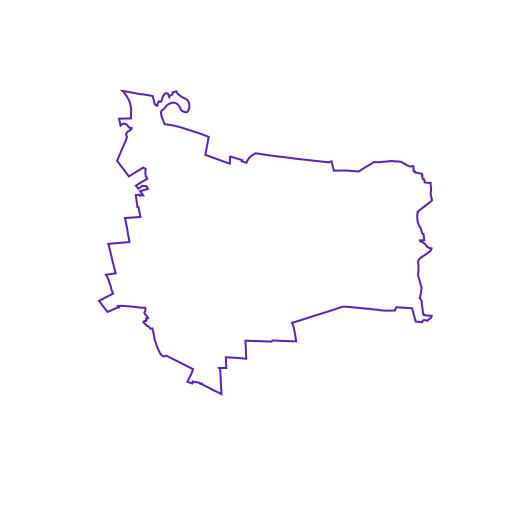 Pascani, Iasi, Romania (Equal Earth projection), rotated 202°
{"feature_id": "2599482B39664970554160", "entity_name": "Pascani", "entity_type": "district", "adm_level": 2, "iso_a3": "ROU", "parent_name": "Romania", "parent_adm1": "Iasi", "projection": "equal_earth", "projection_center": [26.726, 47.253], "detail": "fine", "context": "isolated", "style": "outline", "palette": "violet", "viewbox_px": 512, "rotation_deg": 202, "n_neighbors": 0, "source": "geoboundaries", "source_scale": "gbopen_adm2", "svg_char_len": 6105}
<svg xmlns="http://www.w3.org/2000/svg" viewBox="0 0 512 512"><g transform="rotate(202 256 256)"><path d="M121.4,389.1L127.2,387.4L128.8,390.1L130.0,389.8L130.5,390.5L132.2,392.6L132.0,393.3L132.5,394.1L132.8,394.4L139.8,393.1L139.8,393.4L140.0,393.7L140.3,393.9L141.0,394.0L141.7,393.8L143.7,398.3L144.4,398.1L145.1,397.5L146.2,396.9L147.0,396.6L150.4,396.7L151.8,397.1L154.8,397.3L156.4,397.7L158.4,397.3L162.8,395.7L164.8,395.3L166.1,394.8L169.5,392.9L173.0,391.2L177.0,389.1L178.8,388.3L181.9,387.3L182.7,386.1L184.6,383.4L186.5,381.2L186.8,380.6L188.4,378.6L190.3,375.8L192.2,373.1L192.5,372.8L204.3,369.1L215.8,364.3L221.4,372.1L223.7,370.0L224.0,370.0L254.8,361.3L266.7,358.3L271.0,357.0L281.0,354.4L294.5,351.2L295.0,350.9L295.7,350.0L296.9,348.5L298.0,346.8L299.0,344.5L299.5,342.5L299.7,341.6L299.9,338.8L304.7,338.5L304.8,339.7L312.3,339.1L316.9,338.6L317.2,338.3L314.9,331.8L317.5,331.6L340.8,330.8L344.5,348.7L353.5,348.6L365.2,347.7L369.8,347.4L375.1,347.0L380.9,346.1L384.2,345.5L384.2,345.3L386.6,344.9L390.1,344.0L396.1,350.4L397.2,352.2L398.0,353.7L397.9,355.6L397.4,356.2L395.9,359.3L395.6,360.7L395.2,361.9L394.5,363.3L393.4,364.7L391.9,366.1L390.2,367.2L388.3,367.7L386.5,367.5L385.5,367.3L383.8,366.4L381.8,364.9L380.5,363.6L379.7,363.0L378.5,362.8L376.9,362.7L375.6,362.9L374.6,363.1L373.9,363.5L373.3,364.7L373.3,368.3L374.7,371.7L376.0,373.3L377.9,374.9L380.2,375.4L382.6,375.5L385.1,375.9L386.6,376.2L390.8,377.8L391.5,378.9L394.6,376.5L394.1,375.6L394.0,375.0L394.0,374.4L394.4,373.8L394.9,373.3L395.5,372.8L395.9,372.3L395.9,370.8L396.1,370.9L396.6,371.6L397.8,372.9L398.3,373.3L398.5,373.4L399.6,373.5L400.0,373.5L400.3,373.3L400.7,373.0L401.0,372.6L401.3,372.2L401.6,371.5L402.1,369.3L402.0,368.6L402.0,367.6L401.9,366.0L401.7,364.7L401.8,364.2L402.2,363.5L402.6,363.0L404.1,363.0L404.3,360.0L403.7,358.6L403.8,358.3L404.0,358.1L404.3,358.1L404.7,358.2L405.0,358.5L406.6,358.7L407.0,359.0L407.9,360.4L411.7,365.6L418.0,364.3L421.3,363.6L423.2,362.9L437.7,359.9L438.1,359.7L438.5,359.8L441.5,359.0L440.4,358.6L437.5,356.9L434.1,354.5L432.3,353.0L430.9,351.5L430.0,350.4L428.1,347.6L426.9,345.5L426.3,344.3L425.6,342.4L424.9,340.3L424.2,338.4L423.3,336.8L434.4,332.0L430.4,326.1L429.5,328.0L429.1,328.5L428.5,329.0L426.4,329.6L425.4,329.4L424.7,329.2L421.8,327.6L421.2,327.4L420.1,327.7L419.3,328.1L419.1,327.7L419.1,327.1L419.8,325.7L420.0,324.9L421.1,323.9L421.5,323.1L422.2,320.9L421.4,319.1L420.5,318.5L420.3,318.2L420.1,316.9L420.0,314.8L420.1,309.1L420.3,305.5L420.3,300.1L420.5,292.2L403.7,282.2L393.7,295.7L392.6,295.4L391.5,295.6L391.3,295.6L390.8,295.4L390.6,294.9L390.2,292.6L389.3,290.8L388.7,289.7L388.2,288.9L387.4,288.2L386.4,287.6L385.7,286.8L390.8,280.4L393.7,276.3L390.3,274.3L389.0,276.2L388.3,277.9L387.2,278.5L383.9,279.7L383.6,279.4L383.3,279.4L382.8,279.1L382.1,278.4L381.8,277.9L381.4,277.7L383.6,275.9L387.7,272.7L383.3,270.0L386.3,268.4L386.9,269.2L390.3,267.5L384.3,257.0L383.4,257.4L377.8,249.0L381.0,247.3L391.7,242.1L385.7,233.1L382.8,228.1L380.1,224.1L378.6,221.5L397.5,211.9L396.0,210.0L391.6,203.9L385.9,195.8L379.6,187.4L388.1,182.4L385.6,180.4L384.7,179.6L380.2,174.5L378.7,172.6L377.8,171.1L375.8,169.1L374.5,167.5L379.6,161.7L383.0,157.5L384.7,155.6L378.8,152.0L376.4,150.7L372.7,148.5L365.7,155.7L363.9,157.0L365.3,157.9L362.1,159.4L352.5,162.5L341.8,165.4L341.2,165.8L339.5,166.6L338.8,165.8L338.6,165.4L338.2,163.9L338.1,163.6L338.2,162.6L338.3,161.9L338.3,161.6L338.1,161.3L337.0,160.5L335.8,160.0L334.8,159.4L334.3,159.3L334.2,159.1L334.1,158.8L334.0,158.4L333.7,158.3L332.7,158.1L332.6,157.9L332.9,157.8L333.5,157.6L334.2,157.1L334.5,156.9L334.3,156.4L333.7,156.0L333.4,154.8L333.9,154.3L334.9,154.0L335.3,153.3L335.7,153.0L335.3,152.2L333.0,151.4L332.4,151.0L331.3,150.6L330.8,150.5L328.6,150.1L326.7,149.1L324.9,150.0L320.4,143.6L319.2,141.4L317.1,138.7L314.0,135.1L311.9,133.0L308.4,129.8L307.4,129.1L306.7,128.8L305.7,128.5L304.9,128.3L304.3,128.4L303.2,128.7L302.4,129.5L301.9,130.0L272.0,127.5L271.8,123.7L271.8,121.3L272.2,119.1L272.4,113.7L267.4,113.9L267.4,114.2L267.6,115.3L267.6,116.0L266.2,116.0L265.3,116.2L263.9,116.7L261.1,117.2L260.5,117.1L260.2,116.8L260.0,116.7L259.0,116.7L258.9,117.1L259.0,117.3L258.7,117.5L257.6,117.0L256.0,116.5L250.3,116.2L248.2,115.9L244.1,115.5L241.8,115.5L236.3,115.0L246.7,137.4L247.2,137.7L248.5,138.2L248.3,138.4L241.6,141.0L246.0,150.8L235.2,154.5L226.6,157.1L230.8,166.5L234.1,173.5L210.0,182.3L209.7,182.3L209.0,183.9L201.0,186.7L200.4,186.6L200.2,186.7L199.3,187.3L196.9,188.2L188.8,191.1L186.8,192.0L188.7,195.2L193.2,202.4L194.7,204.4L197.6,207.6L196.8,208.1L190.4,213.3L181.5,220.8L164.9,234.4L157.2,241.0L156.0,241.8L151.7,243.3L138.2,247.3L135.8,248.0L134.4,248.2L133.6,248.5L132.8,249.0L131.8,249.4L131.1,249.5L130.0,249.6L128.2,250.2L125.1,251.0L124.5,251.3L123.2,251.7L119.6,252.5L115.3,253.9L110.7,255.8L109.8,256.2L107.5,257.2L107.0,257.3L106.7,261.1L91.7,266.0L83.3,255.0L82.1,255.4L77.2,256.8L77.0,258.5L76.9,258.9L75.9,259.7L75.3,259.9L72.8,260.1L72.7,260.4L72.4,261.4L71.1,263.4L70.6,264.5L70.5,265.2L70.8,266.4L74.7,264.9L78.2,264.2L78.6,264.9L79.2,264.8L85.2,275.2L85.1,275.8L85.3,276.1L85.8,276.5L86.5,277.0L87.9,278.2L88.5,278.4L88.4,279.0L88.4,279.6L88.8,280.9L89.0,282.3L89.5,284.9L89.9,285.8L90.3,287.9L90.9,289.0L91.9,290.3L93.5,292.3L93.6,292.6L97.3,297.3L98.3,298.4L98.6,299.4L99.2,300.8L99.8,302.6L99.9,303.3L100.3,304.6L101.3,306.9L101.8,308.2L103.5,311.1L103.6,311.6L103.6,313.2L103.4,313.9L103.2,314.6L103.1,315.2L102.7,316.2L102.1,316.8L100.9,318.6L99.5,320.6L96.4,325.5L96.1,326.8L96.0,327.8L96.1,328.8L98.3,328.3L101.3,328.8L101.4,329.3L101.7,329.5L103.3,330.1L105.0,330.9L108.9,331.3L109.3,331.2L109.8,332.0L105.9,333.7L108.9,339.1L110.2,339.2L110.5,339.4L110.8,339.6L112.0,341.3L113.8,343.4L114.9,344.3L115.6,344.8L118.8,348.0L119.1,348.7L119.3,349.4L119.6,349.8L120.0,350.1L121.1,352.5L122.0,354.8L122.1,355.9L122.0,356.3L122.4,356.8L122.6,356.9L122.8,357.4L113.7,373.2L113.7,373.8L114.6,374.9L116.6,377.9L117.4,379.1L118.0,381.3L118.4,382.9L119.4,385.0L119.8,385.7L121.3,388.6L121.4,389.1Z" fill="none" stroke="#5b21b6" stroke-width="2"/></g></svg>